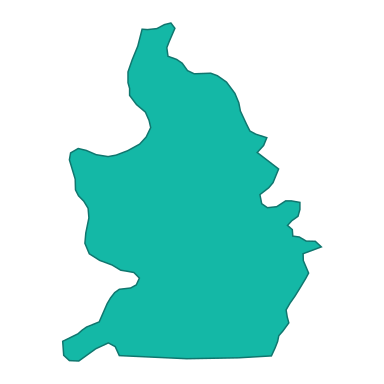 outline of Rancho Alegre, Paraná, Brazil
{"feature_id": "56859067B42499431243626", "entity_name": "Rancho Alegre", "entity_type": "district", "adm_level": 2, "iso_a3": "BRA", "parent_name": "Brazil", "parent_adm1": "Paraná", "projection": "robinson", "projection_center": [-50.921, -23.064], "detail": "fine", "context": "isolated", "style": "filled", "palette": "teal", "viewbox_px": 384, "rotation_deg": 0, "n_neighbors": 0, "source": "geoboundaries", "source_scale": "gbopen_adm2", "svg_char_len": 1489}
<svg xmlns="http://www.w3.org/2000/svg" viewBox="0 0 384 384"><path d="M119.3,355.6L186.7,358.7L216.0,358.2L238.6,357.8L271.4,355.9L275.1,347.9L277.6,341.5L278.8,335.7L282.9,331.0L288.8,322.9L287.2,316.9L286.1,309.9L290.1,303.0L294.9,296.2L299.8,288.3L305.7,278.5L308.6,273.1L303.3,260.6L303.1,253.7L321.3,246.9L315.3,241.3L306.2,241.1L299.3,237.0L292.8,236.1L292.3,229.6L287.5,225.4L291.8,220.7L298.0,216.3L299.9,209.5L299.9,202.4L291.5,200.9L285.6,200.9L276.7,206.7L267.4,207.7L261.7,203.7L259.9,194.6L268.7,187.8L273.0,182.7L278.6,169.0L257.2,152.5L263.6,145.5L266.8,137.7L255.8,134.2L249.9,131.0L246.4,124.0L240.4,111.1L238.8,102.8L234.9,93.4L226.5,82.1L217.4,75.7L210.7,73.2L194.2,73.8L187.5,70.6L182.2,63.2L176.6,59.4L168.0,56.3L166.8,47.7L169.2,41.5L174.9,28.3L170.9,23.0L164.4,24.6L156.9,28.6L147.5,29.6L142.1,29.2L137.8,46.1L132.2,59.8L128.0,71.9L128.0,82.7L129.6,88.4L129.6,95.4L136.5,104.6L145.4,112.1L149.1,120.5L150.7,127.6L146.2,137.0L139.7,144.1L127.7,150.7L116.2,155.1L108.1,156.6L96.2,154.7L86.2,150.4L78.2,148.5L70.6,152.9L69.4,159.8L75.2,179.1L75.5,189.9L78.5,195.8L83.8,201.2L88.1,208.3L88.9,217.9L85.8,233.0L84.9,243.3L89.3,253.8L99.7,260.4L112.1,265.0L120.7,270.2L126.8,271.2L133.9,272.5L139.4,278.1L136.3,284.9L130.6,288.0L119.3,289.3L114.7,292.6L110.5,298.0L107.2,303.6L99.2,321.9L86.6,327.0L82.3,330.0L78.0,333.8L62.7,341.3L63.7,355.3L69.4,360.6L78.8,361.0L95.7,348.8L108.3,342.9L115.2,346.6L119.3,355.6Z" fill="#14b8a6" stroke="#0f766e" stroke-width="1.5"/></svg>